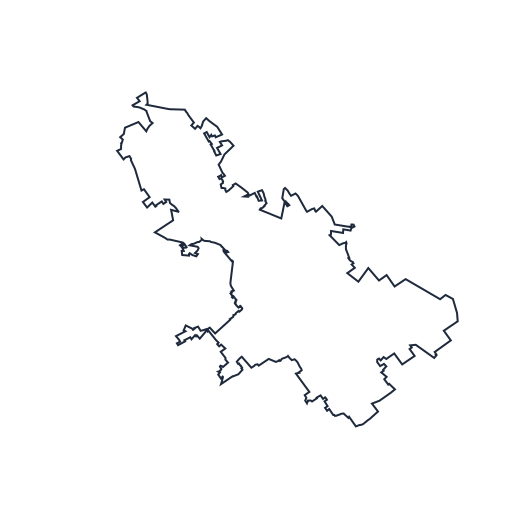 Mérida, Yucatán, Mexico (Natural Earth projection), rotated 138°
{"feature_id": "50627088B46902848147083", "entity_name": "Mérida", "entity_type": "district", "adm_level": 2, "iso_a3": "MEX", "parent_name": "Mexico", "parent_adm1": "Yucatán", "projection": "natural_earth1", "projection_center": [-89.615, 20.944], "detail": "fine", "context": "isolated", "style": "outline", "palette": "slate", "viewbox_px": 512, "rotation_deg": 138, "n_neighbors": 0, "source": "geoboundaries", "source_scale": "gbopen_adm2", "svg_char_len": 6095}
<svg xmlns="http://www.w3.org/2000/svg" viewBox="0 0 512 512"><g transform="rotate(138 256 256)"><path d="M295.8,62.5L292.1,61.1L290.4,59.9L288.6,59.4L282.4,59.1L280.9,58.8L269.4,58.8L268.6,68.7L261.0,65.8L247.5,64.2L242.0,63.9L242.6,72.0L243.8,72.0L243.1,78.6L239.8,78.8L240.8,85.7L237.9,85.3L237.8,86.3L233.0,86.8L233.1,90.2L237.4,91.1L236.9,96.1L235.2,97.9L233.2,97.5L233.2,95.0L228.8,95.5L228.1,92.3L218.5,91.1L219.9,77.6L205.0,75.6L204.1,84.1L201.5,83.8L201.2,86.4L196.7,83.1L191.8,61.0L188.5,61.4L188.6,62.2L187.9,62.1L187.4,65.1L167.7,62.9L166.4,74.8L149.8,72.5L144.7,79.2L138.4,92.3L141.2,100.2L148.1,100.7L160.3,138.7L173.4,140.6L171.7,154.4L181.0,155.5L180.6,171.9L197.1,168.4L199.6,182.2L190.5,181.1L190.6,185.7L188.4,185.4L188.1,186.8L188.8,188.5L189.1,190.1L188.8,192.5L188.0,192.1L184.6,200.9L181.8,204.0L180.4,204.6L179.7,206.0L180.7,206.0L182.6,207.1L186.8,208.4L187.4,222.2L186.1,221.7L183.5,224.4L175.9,214.9L173.3,217.4L168.7,211.6L166.1,213.2L166.0,212.8L163.1,212.0L162.5,214.1L164.0,215.5L165.1,214.2L165.9,214.6L166.0,214.4L166.8,215.2L167.0,215.0L176.4,226.7L173.4,234.6L173.3,248.8L181.8,248.8L181.9,249.4L180.9,252.4L182.9,253.4L188.5,254.7L188.4,256.0L184.6,272.7L184.8,276.0L189.7,277.3L189.3,280.6L188.7,283.2L188.9,287.1L190.6,287.1L197.8,281.4L198.3,277.2L198.5,276.6L197.4,276.7L197.7,274.4L197.4,274.4L197.6,272.8L197.2,272.8L197.3,271.5L199.4,272.0L198.7,275.9L198.9,276.4L199.2,276.5L212.1,267.0L222.2,287.9L220.7,288.3L220.2,287.7L218.8,287.7L218.6,287.4L216.3,287.4L216.3,287.8L212.8,288.2L212.3,290.6L211.9,290.5L210.8,292.4L210.3,294.0L208.4,297.5L207.5,300.9L211.6,302.6L214.4,293.3L217.1,295.3L215.5,299.4L216.0,299.5L214.7,303.7L220.9,305.4L222.9,306.3L222.9,306.0L225.0,308.2L220.2,306.9L219.7,308.7L221.0,316.4L222.6,323.5L225.8,324.2L226.1,323.1L232.3,323.0L235.2,323.5L234.7,325.5L233.6,326.7L234.9,328.6L235.8,329.1L236.1,329.7L234.3,332.8L231.7,332.4L231.2,333.3L230.7,333.3L230.4,333.9L230.1,335.0L230.1,336.5L230.4,337.2L231.6,337.6L231.1,340.2L229.0,339.6L227.8,339.5L228.6,337.5L228.2,337.1L225.4,336.4L225.1,339.3L225.2,340.4L222.6,348.9L218.8,349.6L211.5,352.6L198.9,353.0L198.9,358.3L199.4,360.9L200.7,361.4L204.9,364.3L206.5,365.0L207.2,360.9L212.6,362.4L214.1,355.5L218.3,357.3L217.0,362.0L216.6,361.9L215.1,369.2L213.9,368.8L213.6,372.5L214.5,372.7L212.5,381.8L209.7,381.1L211.0,375.4L208.2,376.0L208.6,374.3L205.9,373.1L206.5,371.2L199.9,369.0L198.4,377.8L198.5,378.6L200.3,387.2L200.8,391.8L205.3,391.3L209.3,388.9L211.8,388.1L212.0,390.4L212.4,391.8L216.2,391.3L216.7,396.3L212.9,396.7L212.0,405.8L211.5,407.9L211.4,410.6L211.2,410.7L211.0,412.4L222.2,423.1L236.2,441.7L234.5,441.8L233.0,443.6L229.1,449.1L228.5,451.3L228.8,451.4L238.6,453.2L238.9,448.9L246.9,450.6L247.0,449.1L244.0,445.5L242.7,443.5L242.1,441.9L241.0,439.9L240.4,436.9L240.9,436.2L244.4,427.1L243.9,424.0L248.0,424.0L251.5,423.2L254.1,422.1L253.7,434.2L267.5,439.0L272.7,435.1L277.4,435.2L277.1,431.6L280.2,429.8L280.9,430.0L281.1,429.3L282.3,428.4L284.7,425.8L288.8,427.1L289.8,416.4L287.0,416.6L283.2,414.9L283.8,411.7L284.8,411.0L287.7,401.6L297.3,381.3L294.6,380.6L295.7,370.9L303.9,371.8L304.5,364.9L297.3,365.1L297.8,360.0L296.5,359.9L296.3,360.6L289.5,359.6L290.0,356.7L286.6,356.2L286.1,359.1L282.7,355.9L284.5,352.9L284.0,349.7L283.5,348.1L283.4,345.4L283.9,341.4L283.7,340.2L288.2,347.1L293.7,338.0L315.3,341.2L311.5,330.4L310.7,327.3L309.2,326.1L301.4,315.0L301.3,314.3L305.3,314.9L305.2,312.8L301.2,312.3L301.7,308.9L302.1,308.9L305.4,311.3L305.9,309.1L306.3,308.1L307.8,309.5L310.2,306.1L305.5,301.1L304.5,302.3L303.4,302.4L302.7,299.4L300.6,295.7L297.9,296.3L299.3,299.0L295.7,299.2L293.4,300.2L293.2,301.9L298.1,308.3L296.2,308.1L294.0,306.7L289.9,305.4L288.9,304.5L285.4,304.3L284.9,305.1L284.6,302.7L284.3,301.9L280.4,297.8L280.1,296.6L277.7,293.4L275.0,287.9L275.3,286.0L275.0,285.8L275.0,281.2L276.0,282.4L276.6,281.8L276.3,281.3L277.0,280.6L277.1,279.1L274.3,279.6L274.0,279.2L274.0,277.6L277.1,279.0L277.5,267.5L276.8,268.1L276.7,267.4L293.1,253.1L294.3,251.3L294.8,250.0L295.6,245.2L297.3,246.0L297.4,245.4L298.7,245.8L298.9,244.9L300.0,245.2L300.3,242.8L300.1,242.8L300.0,241.7L301.4,241.5L301.3,240.5L299.7,240.9L300.0,237.4L299.9,236.8L300.6,236.7L300.6,236.0L302.5,235.7L302.5,234.9L303.3,234.9L303.4,233.5L303.6,233.5L303.6,229.4L302.7,229.1L302.5,229.4L301.5,229.5L301.5,228.8L301.0,228.9L301.2,226.3L302.3,225.7L305.0,225.7L305.7,225.8L305.6,226.8L308.9,227.0L309.8,226.8L309.9,226.5L311.6,226.6L312.3,227.2L313.7,226.0L317.6,226.6L317.7,225.9L338.2,225.8L338.3,233.7L341.0,234.2L341.8,234.9L344.6,236.0L347.2,237.5L346.3,242.3L350.0,243.7L350.1,243.1L352.2,243.2L352.1,244.9L354.7,251.4L359.5,249.1L358.8,247.3L369.1,250.0L369.2,245.2L369.7,243.2L373.2,244.0L373.6,241.9L365.8,240.0L365.6,241.3L359.2,239.6L359.7,237.3L354.2,237.9L354.3,236.4L353.0,236.6L353.1,232.2L342.3,233.7L342.4,232.2L341.3,232.4L342.0,220.3L341.8,216.6L343.8,216.5L343.8,213.5L341.2,213.5L340.7,207.8L346.3,208.4L346.9,200.6L348.1,199.5L348.1,195.5L354.8,195.6L355.0,196.8L355.8,198.2L356.8,198.0L357.4,195.2L359.1,194.6L359.6,195.0L360.4,194.8L361.4,195.3L360.9,193.5L363.4,193.2L364.0,188.5L361.5,188.7L361.5,188.2L365.2,185.7L367.7,184.2L354.1,182.3L354.1,182.1L348.2,179.9L342.2,180.5L342.0,182.3L341.1,182.2L340.7,184.6L341.0,184.7L340.6,187.5L341.5,187.7L341.0,190.3L337.0,190.8L334.0,190.7L334.2,176.1L330.9,175.5L329.4,175.7L327.3,174.5L327.3,172.7L315.4,171.0L312.1,164.0L309.8,163.1L308.5,163.1L308.5,162.0L307.9,161.7L306.2,162.2L305.2,162.2L302.0,160.8L299.8,160.2L299.1,160.3L299.3,157.6L299.1,154.7L296.4,153.4L296.2,151.1L296.3,149.0L297.6,144.3L297.8,142.1L298.5,140.5L302.1,140.9L302.1,140.3L305.0,141.9L307.3,119.3L312.9,120.0L313.5,116.9L316.2,115.6L316.7,112.5L315.9,113.0L315.1,113.0L314.2,113.8L312.1,112.1L311.7,110.4L305.9,109.5L305.7,110.2L301.3,109.2L301.8,104.9L299.2,104.7L299.2,103.5L299.5,101.7L302.3,102.1L303.3,96.5L306.3,96.9L306.7,93.4L304.0,93.3L305.0,86.2L304.1,85.4L304.3,84.3L302.8,83.3L302.1,83.2L299.7,82.1L298.6,81.9L296.3,80.4L295.7,73.9L294.4,74.2L295.8,62.5Z" fill="none" stroke="#1e293b" stroke-width="2"/></g></svg>